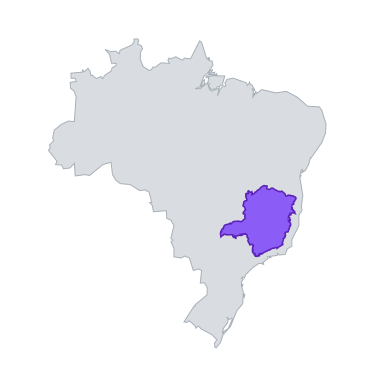 where Minas Gerais sits in Brazil, rotated 355°
{"feature_id": "BRA-601", "entity_name": "Minas Gerais", "entity_type": "State", "adm_level": 1, "iso_a3": "BRA", "parent_name": "Brazil", "parent_adm1": "", "projection": "robinson", "projection_center": [-44.656, -18.566], "detail": "fine", "context": "in_parent", "style": "filled", "palette": "violet", "viewbox_px": 384, "rotation_deg": 355, "n_neighbors": 0, "source": "natural_earth", "source_scale": "10m", "svg_char_len": 9446}
<svg xmlns="http://www.w3.org/2000/svg" viewBox="0 0 384 384"><g transform="rotate(355 192 192)"><path d="M102.9,67.0L106.6,70.7L111.4,69.0L112.8,71.3L115.5,68.0L121.9,64.5L123.3,61.3L127.5,59.5L127.8,57.4L123.1,56.7L121.9,47.9L117.9,42.4L123.3,45.2L128.2,45.0L131.6,47.9L132.7,44.5L144.9,40.3L147.5,37.4L147.4,34.7L151.0,34.6L152.1,35.9L150.9,40.3L154.1,41.5L155.2,45.1L153.0,47.9L152.0,55.2L154.3,62.8L160.0,67.2L162.5,66.5L163.7,64.1L165.9,64.6L172.5,60.6L180.7,61.9L179.5,58.7L180.8,56.5L182.4,57.5L187.7,55.9L193.8,59.8L196.4,57.9L202.1,59.3L212.8,42.1L214.6,43.8L218.1,59.7L219.9,62.1L223.5,63.5L223.9,67.5L217.8,75.1L214.0,77.6L209.1,87.9L204.2,89.4L209.3,89.7L216.8,84.5L218.3,91.1L220.3,93.2L228.1,90.9L225.8,98.4L228.8,92.4L232.4,88.9L234.2,89.9L235.0,88.9L234.3,86.2L236.7,82.9L242.7,82.1L255.6,87.9L256.5,90.8L258.3,88.7L261.4,91.0L262.2,93.5L260.6,95.2L261.3,96.1L262.9,94.4L263.3,96.0L261.8,97.7L260.8,102.8L262.9,100.7L264.4,96.9L264.6,99.6L270.4,96.1L284.0,100.5L294.8,100.0L305.4,106.9L314.6,116.6L326.2,118.3L328.4,121.9L331.4,135.8L330.2,144.8L325.7,154.0L313.1,169.0L313.1,167.8L310.7,174.6L306.7,180.6L304.9,181.5L303.6,178.9L302.4,180.2L300.7,186.6L302.1,205.0L299.7,215.6L300.0,219.9L296.5,224.3L295.5,235.0L287.2,248.4L286.8,254.6L281.9,257.1L279.5,262.2L273.2,262.4L271.8,260.4L271.3,262.6L261.5,263.1L261.9,264.9L255.7,269.1L252.2,269.1L246.0,272.6L238.2,279.1L236.7,282.2L235.3,281.0L234.8,282.4L233.1,281.8L235.4,283.6L233.6,285.6L233.0,289.1L234.4,296.5L232.8,307.7L226.4,314.0L218.6,329.3L211.1,336.3L210.9,334.0L216.3,331.1L220.8,322.7L220.9,321.2L217.8,322.2L215.8,319.5L216.9,322.1L216.1,325.3L211.5,330.4L210.1,334.4L210.6,336.7L207.2,344.5L202.4,349.4L201.3,348.7L201.2,344.8L203.9,341.3L199.4,335.8L189.6,329.5L186.6,326.1L183.9,327.9L183.5,325.5L178.0,320.1L175.4,321.5L172.7,320.7L184.0,306.0L185.4,306.1L185.1,304.7L197.9,295.9L198.9,288.7L196.5,283.5L192.3,283.5L194.7,271.1L192.0,269.2L186.5,270.3L183.6,257.4L179.0,255.2L175.6,256.8L168.3,255.0L169.2,246.5L166.7,239.8L168.8,238.3L166.9,236.4L171.1,224.0L168.6,218.3L164.6,216.1L164.8,208.4L151.9,208.3L151.3,201.9L148.9,198.8L151.0,198.8L149.2,188.3L145.2,185.8L140.1,186.1L131.0,179.2L121.3,177.4L117.2,173.6L114.3,167.7L114.0,155.3L105.7,156.9L91.3,166.6L87.0,165.4L77.0,165.8L77.4,153.1L72.6,157.4L65.9,157.7L64.4,153.7L58.5,152.9L60.1,149.5L52.6,137.9L54.6,135.9L54.2,132.7L58.6,129.1L57.9,126.2L60.2,118.3L67.6,113.3L75.0,110.6L80.9,111.6L84.9,86.6L83.2,81.0L80.0,78.0L80.2,72.2L86.6,71.6L85.5,68.4L81.6,68.3L81.7,63.1L93.6,63.0L93.5,60.9L95.3,62.8L99.2,59.8L101.1,63.1L101.4,67.3L102.9,67.0ZM221.4,77.8L234.7,79.3L231.5,88.1L229.1,88.3L228.7,89.8L226.7,89.1L224.6,91.4L219.6,91.3L217.8,86.9L219.1,85.8L217.5,84.2L218.6,79.1L221.4,77.8ZM210.1,88.5L212.2,82.1L214.3,81.3L214.1,85.2L210.1,88.5ZM225.1,74.7L223.8,77.1L220.8,76.6L221.3,75.0L225.1,74.7ZM220.5,72.1L220.0,77.0L218.7,76.5L220.5,72.1ZM227.2,77.8L225.3,78.1L224.4,77.7L226.7,76.2L227.2,77.8ZM218.5,78.0L216.6,79.5L215.8,78.7L217.2,77.3L218.5,78.0ZM222.1,73.7L221.2,72.7L222.8,71.7L222.9,72.7L222.1,73.7ZM221.1,61.2L220.0,61.5L219.7,59.7L220.8,59.6L221.1,61.2ZM234.9,301.2L234.5,299.6L235.4,298.2L235.7,298.6L234.9,301.2ZM256.8,268.5L257.1,270.3L255.8,269.9L256.8,268.5ZM234.2,290.1L233.6,289.2L234.5,288.3L234.7,288.6L234.2,290.1ZM262.6,99.6L261.7,101.4L262.6,98.8L262.6,99.6ZM304.2,181.8L302.9,182.3L303.7,180.9L304.2,181.8ZM265.0,263.8L263.7,264.4L263.4,264.0L264.2,263.3L265.0,263.8ZM302.0,185.1L301.5,186.1L301.2,185.5L302.0,185.1ZM259.0,87.1L259.1,88.1L258.7,88.0L259.0,87.1Z" fill="#d9dde1" stroke="#a8b0b8" stroke-width="1"/><path d="M248.2,195.7L249.2,196.3L249.6,196.7L249.8,197.3L250.3,197.4L250.5,197.5L251.2,197.5L251.7,197.0L252.0,198.0L251.3,199.8L251.3,200.0L252.1,199.6L252.4,199.1L253.6,199.2L254.1,198.8L254.3,198.4L254.6,198.1L255.0,197.5L255.6,197.6L256.0,197.3L256.6,196.9L257.3,195.9L258.2,195.8L259.7,194.8L259.9,194.6L260.1,194.2L262.0,192.8L263.4,192.2L263.7,192.0L264.2,192.0L264.4,191.9L264.8,192.1L265.7,192.3L265.9,192.2L266.3,192.4L267.2,192.5L267.4,192.7L267.1,193.4L266.8,194.5L266.9,194.8L266.9,195.3L267.1,195.5L269.5,196.3L269.9,196.2L270.3,195.6L271.5,195.1L271.9,195.1L273.4,195.5L273.8,196.0L275.5,197.5L276.1,197.5L277.0,198.3L278.1,198.8L278.6,199.0L278.9,198.9L279.5,199.5L280.1,199.4L280.5,199.4L281.1,199.0L281.5,198.9L284.6,202.0L284.8,204.0L285.0,204.0L286.1,204.3L286.9,204.0L287.2,203.6L287.5,203.5L287.9,203.7L288.4,203.6L288.9,204.0L289.6,203.8L290.1,204.1L290.3,204.5L290.8,204.3L291.7,204.7L292.6,204.7L292.7,205.0L292.9,205.1L293.0,205.3L293.4,205.4L294.1,206.1L294.6,206.1L294.9,206.6L295.1,207.2L294.8,207.7L294.6,208.6L293.7,209.3L293.2,210.2L293.2,210.5L292.7,210.5L292.3,210.8L292.1,212.2L292.4,212.7L292.4,212.9L291.9,213.2L290.7,213.2L290.4,213.6L290.1,215.2L290.1,216.3L289.9,216.6L289.8,217.4L290.0,217.5L290.2,217.2L290.4,217.1L290.3,217.6L290.6,217.6L290.7,217.8L290.6,218.4L290.6,218.7L291.2,218.7L291.4,219.3L291.8,219.6L292.0,219.9L292.6,220.4L292.7,221.0L292.4,221.6L292.6,222.1L292.2,221.8L291.9,221.8L291.7,221.6L291.1,221.4L290.9,221.6L290.4,221.5L289.4,221.9L289.0,221.8L288.5,222.1L288.2,221.9L287.9,222.0L287.7,221.9L287.7,222.0L288.6,223.1L288.6,223.4L288.2,223.5L287.7,223.1L286.9,223.7L286.6,223.7L286.2,224.4L286.0,224.6L286.1,225.1L286.0,225.4L286.4,225.1L286.9,225.7L287.0,226.0L286.8,227.5L287.5,227.8L287.6,228.6L287.3,228.9L286.4,229.0L286.2,228.8L285.8,228.8L285.5,228.9L285.3,229.1L285.6,229.5L285.8,229.6L286.3,229.5L286.6,229.8L286.6,230.0L286.8,230.2L286.6,230.7L286.9,230.9L287.4,231.5L287.4,232.5L287.5,232.7L287.2,234.2L287.0,234.4L286.6,234.3L286.7,234.9L285.9,235.7L285.7,237.3L285.3,237.7L285.0,237.8L284.8,238.1L284.5,239.5L284.3,240.0L284.1,240.1L281.8,240.1L281.7,240.3L281.5,240.8L281.0,241.2L281.0,241.7L281.3,241.9L281.3,242.2L281.3,242.7L280.9,243.5L281.2,243.5L281.3,243.6L280.7,244.5L280.9,244.7L280.7,244.9L280.1,245.8L279.9,246.0L279.3,245.9L278.9,246.1L279.0,246.4L279.2,246.5L278.6,247.8L278.6,248.1L278.3,249.2L277.9,249.6L277.8,250.4L277.3,251.3L277.3,251.6L277.8,251.7L278.0,251.8L278.0,252.1L277.9,252.3L277.6,252.5L277.3,252.4L276.0,253.2L273.7,254.3L273.2,254.6L272.8,254.7L272.6,254.8L272.5,255.2L272.2,255.1L271.9,255.4L271.9,255.2L271.9,254.8L270.6,254.6L269.6,255.0L269.0,255.1L268.8,255.0L268.2,255.2L267.7,255.2L267.4,255.0L265.3,255.9L265.0,256.2L264.2,256.7L263.9,256.5L262.9,256.6L262.2,257.0L261.7,257.1L261.4,257.5L260.8,257.5L259.5,258.2L258.5,258.3L257.4,259.1L257.2,259.1L257.1,259.4L256.1,259.8L256.0,259.5L255.8,259.4L255.3,259.8L255.0,259.8L254.9,259.6L254.3,259.8L254.2,259.7L254.4,259.3L253.9,259.3L254.0,259.8L253.3,260.3L253.8,260.4L253.9,260.6L253.8,261.0L253.5,261.0L253.5,261.4L253.4,261.4L253.2,261.3L252.9,261.5L252.6,261.2L252.4,261.3L252.2,261.3L251.9,261.6L251.1,261.8L250.9,261.4L250.0,261.7L249.5,261.5L249.4,261.2L249.5,260.7L248.6,260.0L249.2,259.6L249.0,259.2L249.3,258.9L248.2,258.5L248.1,258.1L247.4,257.8L247.3,257.5L247.0,257.1L247.3,256.2L247.8,255.6L247.6,255.4L247.2,255.3L247.1,255.2L247.3,255.0L247.3,254.8L247.3,254.7L247.6,254.5L247.3,253.8L247.4,253.5L247.3,253.1L247.5,252.8L247.7,252.0L248.0,252.0L248.3,251.4L248.3,251.0L248.5,250.7L248.4,250.2L248.2,250.0L247.7,250.0L247.5,249.7L247.4,249.5L247.1,249.7L246.6,249.4L246.2,249.4L245.7,249.8L245.1,249.8L244.9,249.7L245.0,249.3L244.6,248.1L244.0,247.5L243.9,246.6L243.9,246.3L243.4,245.8L243.5,244.8L243.7,244.5L243.8,244.1L244.1,243.9L244.2,243.6L243.9,242.7L243.2,242.3L242.9,242.0L243.0,240.8L243.2,240.5L243.3,240.1L242.8,239.4L242.1,239.0L241.8,238.7L241.9,238.3L241.6,238.1L240.8,238.4L240.6,238.7L240.4,238.7L239.9,238.2L238.9,238.3L238.8,238.5L238.7,239.2L238.4,239.3L238.2,238.8L238.0,238.6L237.9,239.3L237.4,239.6L236.7,239.3L236.5,238.7L236.3,238.5L236.2,238.8L236.4,239.3L236.2,239.5L235.7,239.3L235.1,239.3L234.5,239.5L233.9,239.4L233.4,239.7L232.9,239.6L232.2,239.6L231.7,240.5L231.8,241.7L231.6,242.0L231.1,241.7L231.1,240.3L231.0,239.9L230.9,239.6L230.6,239.6L229.9,240.8L229.6,240.9L229.4,240.8L228.8,239.6L228.7,239.0L228.8,238.6L229.1,238.5L229.2,238.3L229.0,238.2L228.2,238.3L227.1,237.9L224.7,237.9L221.5,237.4L220.9,236.7L220.4,236.7L220.0,236.9L219.8,237.2L219.2,237.8L217.6,238.5L216.9,239.2L216.7,236.4L216.7,236.0L216.9,235.6L216.9,235.1L217.3,234.8L217.1,234.4L217.2,234.1L217.4,234.1L217.7,234.3L218.0,234.1L217.7,233.7L217.9,232.7L218.5,232.2L218.6,231.8L219.1,231.3L219.2,231.2L219.7,231.3L220.0,231.2L220.4,230.5L220.3,229.8L221.5,228.0L221.7,227.9L223.0,227.6L223.7,227.3L225.2,227.3L226.9,226.6L227.2,226.3L227.4,226.3L227.6,226.9L228.0,227.3L229.7,225.7L231.1,224.9L232.1,225.1L233.5,225.0L236.0,225.1L237.0,225.6L237.4,225.5L237.7,225.8L238.4,225.9L240.3,224.9L240.8,224.1L241.9,223.6L242.5,223.0L242.9,222.8L242.3,220.9L242.6,220.1L243.0,219.6L242.9,218.9L242.7,218.5L242.0,218.2L241.5,218.4L241.2,218.1L241.1,217.7L241.3,216.9L241.7,216.9L241.9,216.2L242.3,215.9L242.5,215.5L242.8,215.3L243.0,215.0L243.3,214.8L243.2,214.4L243.4,214.1L243.7,214.1L243.8,213.9L242.9,211.5L242.4,210.9L242.0,210.8L241.7,210.3L241.6,210.1L241.7,209.5L242.0,209.1L242.5,208.1L242.4,207.3L242.7,206.4L243.3,206.4L243.9,205.5L244.2,205.6L244.6,205.4L245.4,205.3L246.0,205.0L245.9,204.2L245.7,202.8L245.3,202.5L245.2,201.5L245.8,200.6L245.6,200.0L245.3,200.0L245.5,198.5L245.7,198.2L246.2,198.1L246.6,198.2L247.5,198.7L247.8,198.5L248.0,198.3L247.9,197.6L247.8,197.4L247.9,196.9L247.7,196.4L248.2,195.7Z" fill="#8b5cf6" stroke="#5b21b6" stroke-width="1.5"/></g></svg>